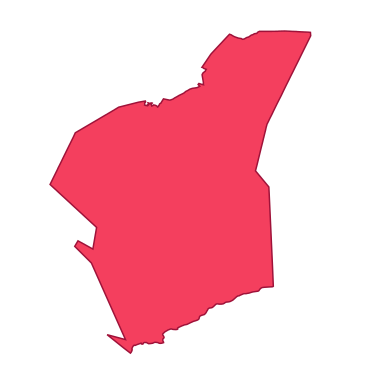 Mesones Hidalgo, Oaxaca, Mexico, rotated 262°
{"feature_id": "50627088B85326634541004", "entity_name": "Mesones Hidalgo", "entity_type": "district", "adm_level": 2, "iso_a3": "MEX", "parent_name": "Mexico", "parent_adm1": "Oaxaca", "projection": "equal_earth", "projection_center": [-98.01, 16.918], "detail": "fine", "context": "isolated", "style": "filled", "palette": "rose", "viewbox_px": 384, "rotation_deg": 262, "n_neighbors": 0, "source": "geoboundaries", "source_scale": "gbopen_adm2", "svg_char_len": 4454}
<svg xmlns="http://www.w3.org/2000/svg" viewBox="0 0 384 384"><g transform="rotate(262 192 192)"><path d="M87.3,259.4L106.5,261.3L180.6,268.3L186.3,268.8L204.1,257.8L209.9,260.2L210.4,260.4L219.2,263.9L226.0,266.6L231.9,269.0L235.5,270.4L235.9,270.5L236.1,270.7L237.5,271.2L242.9,273.4L245.9,274.5L247.4,275.2L248.5,275.6L252.0,278.0L253.7,279.1L257.7,281.9L260.6,283.8L267.7,288.6L272.0,291.6L273.4,292.6L275.4,294.0L278.3,295.9L279.5,296.7L284.7,300.2L288.3,302.7L292.9,305.8L296.9,308.6L301.2,311.5L305.1,314.2L309.2,317.0L312.6,319.3L317.0,322.3L320.8,324.9L330.2,331.3L333.6,331.5L334.1,329.4L334.6,326.7L335.4,322.4L336.2,318.4L336.4,317.7L337.1,313.6L337.6,311.1L338.5,306.3L339.2,300.2L339.2,299.4L339.8,294.7L340.5,289.5L341.7,281.1L341.1,279.4L341.0,279.2L340.3,278.5L340.0,278.1L340.1,276.5L340.0,275.6L339.3,274.1L339.3,273.8L339.1,272.5L338.5,271.4L337.6,269.6L337.5,269.3L337.5,268.3L337.4,267.9L337.0,266.7L336.4,265.4L336.2,264.2L336.2,263.8L336.2,263.2L337.1,262.2L337.6,260.5L338.0,259.2L338.3,258.7L339.0,257.3L339.8,255.8L340.6,254.6L340.9,254.2L341.2,254.0L341.5,253.4L342.2,252.7L342.5,252.1L343.0,251.1L340.7,248.2L334.8,240.9L331.5,236.8L329.8,234.7L326.9,231.1L325.8,229.8L316.4,221.3L314.1,219.2L313.8,219.9L312.6,221.0L311.5,223.2L310.5,222.3L309.8,222.0L308.5,219.6L308.1,219.3L307.6,219.0L307.3,218.6L306.7,218.3L299.6,218.5L299.1,218.6L298.4,218.4L297.9,218.4L297.6,218.2L296.6,218.3L297.5,216.0L298.2,214.7L298.5,213.9L297.6,213.0L295.6,214.4L294.7,211.8L294.6,209.8L294.6,206.7L294.1,204.1L293.2,202.1L292.4,199.7L291.3,198.1L290.7,196.6L289.5,192.8L288.3,189.9L287.7,188.2L286.6,185.9L286.0,182.9L288.2,176.7L284.2,173.4L284.2,173.1L283.7,172.2L283.1,171.8L282.8,171.7L282.6,171.6L282.2,171.1L281.2,170.4L281.0,169.7L281.5,169.7L282.5,168.5L282.8,168.1L283.5,166.4L283.6,166.1L283.5,165.9L283.1,165.6L283.0,165.4L282.8,164.1L283.4,164.1L283.6,164.1L284.1,163.7L284.4,163.8L285.0,163.6L285.0,164.2L285.1,164.5L285.4,164.7L285.6,165.0L285.7,164.9L285.8,164.6L285.8,163.5L285.8,163.3L285.8,163.0L285.5,162.6L285.3,162.6L285.4,162.1L286.2,161.5L286.4,160.9L285.9,161.0L285.6,161.5L285.3,161.4L285.0,161.0L284.6,160.2L284.2,160.9L283.7,160.3L283.6,159.9L284.1,159.2L283.9,158.6L284.7,157.2L284.9,157.3L285.1,157.4L286.9,157.5L287.4,158.4L287.6,158.4L287.7,158.5L287.8,158.5L288.0,158.5L288.3,158.6L288.6,158.5L288.4,151.6L286.2,131.2L282.9,123.5L279.2,114.5L277.0,109.2L276.7,108.5L274.2,102.4L266.9,84.7L262.7,82.0L255.8,77.3L255.7,77.2L250.1,73.4L243.6,69.0L240.0,66.6L236.5,64.2L235.1,63.2L234.5,62.8L233.2,62.0L224.4,56.0L221.0,53.7L219.2,52.5L207.8,61.8L170.2,92.6L149.3,85.9L159.5,72.3L154.5,68.3L135.7,82.5L55.1,105.6L62.5,88.1L46.7,103.0L41.0,108.6L41.7,109.4L42.8,110.2L43.6,110.4L43.9,110.8L45.3,110.7L46.0,111.2L46.7,111.5L47.4,112.1L48.2,113.0L48.3,113.7L48.0,114.1L48.1,114.8L48.5,116.1L49.1,119.1L49.4,120.5L49.2,120.8L48.6,120.8L48.3,121.4L48.3,122.1L48.4,122.4L48.9,122.7L49.2,122.9L49.4,123.3L49.6,124.1L49.5,124.9L49.3,125.4L49.3,126.0L48.6,126.8L47.8,128.0L47.7,129.5L47.7,131.0L47.7,131.9L48.0,133.0L48.3,133.8L48.3,134.7L48.1,135.5L47.9,136.3L47.5,137.5L46.8,138.4L46.5,139.8L46.5,141.1L46.8,142.9L47.4,142.9L48.1,142.6L48.7,142.4L49.9,142.5L50.7,143.0L50.9,143.2L51.1,143.4L51.2,143.6L51.3,143.8L52.0,144.1L53.2,143.8L54.4,143.2L55.4,143.2L56.0,143.9L57.3,145.7L58.4,148.4L58.6,148.8L58.8,149.5L59.0,150.4L59.2,151.3L59.3,152.0L59.2,152.4L59.1,152.9L58.8,153.4L58.5,154.4L58.0,156.9L58.0,158.2L58.3,158.8L58.7,158.8L59.2,158.8L59.7,159.6L60.3,161.6L60.9,163.6L61.1,164.7L61.5,166.1L61.5,167.3L61.6,168.6L62.2,170.5L62.9,172.6L63.5,174.8L63.7,175.1L63.7,175.5L63.8,176.0L64.0,177.5L64.3,179.1L64.7,180.3L65.3,181.2L65.8,181.4L66.5,181.7L67.6,182.2L68.0,182.7L68.4,183.8L68.7,185.3L68.9,187.0L69.3,187.7L70.2,188.8L71.2,189.6L72.1,190.2L72.7,190.8L73.7,191.4L74.3,192.1L74.7,193.1L74.6,194.6L74.8,196.0L75.6,197.4L76.5,198.6L77.2,199.6L77.6,200.2L77.7,200.9L77.7,201.4L77.6,202.1L77.4,202.6L77.3,202.9L77.2,203.2L77.1,204.1L76.9,205.6L76.9,207.2L77.3,208.4L77.9,209.5L78.2,210.6L78.1,212.6L78.2,214.3L78.6,215.6L79.2,217.3L80.3,219.0L81.2,220.3L82.2,221.8L82.7,223.1L82.7,223.5L82.6,224.0L83.1,225.3L83.4,226.5L83.9,228.3L84.1,229.3L83.8,231.3L83.9,232.4L84.0,234.7L84.3,236.3L84.6,238.3L84.6,240.4L84.6,243.5L84.9,244.4L86.0,245.4L86.7,246.2L87.1,246.8L87.6,248.0L87.6,250.2L87.4,252.9L87.2,255.6L87.1,256.7L87.0,257.8L87.0,258.8L87.3,259.4Z" fill="#f43f5e" stroke="#9f1239" stroke-width="1.5"/></g></svg>